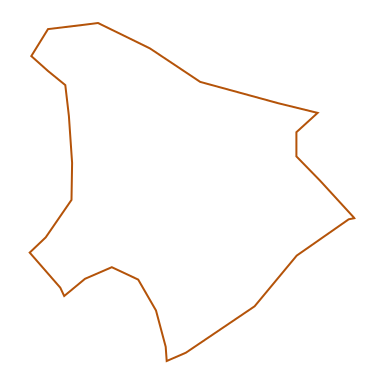 an SVG outline of Andrijevica
{"feature_id": "MNE-1508", "entity_name": "Andrijevica", "entity_type": "Municipality", "adm_level": 1, "iso_a3": "MNE", "parent_name": "Montenegro", "parent_adm1": "", "projection": "robinson", "projection_center": [19.742, 42.708], "detail": "fine", "context": "isolated", "style": "outline", "palette": "amber", "viewbox_px": 384, "rotation_deg": 0, "n_neighbors": 0, "source": "natural_earth", "source_scale": "10m", "svg_char_len": 512}
<svg xmlns="http://www.w3.org/2000/svg" viewBox="0 0 384 384"><path d="M166.7,361.0L165.7,346.8L156.0,310.5L138.2,279.6L111.8,267.2L85.0,278.8L64.2,296.0L63.9,295.4L60.3,287.7L29.7,252.6L45.7,237.4L71.5,199.9L72.1,162.9L68.9,116.1L65.3,85.1L48.0,71.0L31.3,56.1L48.0,29.1L84.7,24.7L98.0,23.0L149.9,48.4L200.2,81.9L278.1,103.2L317.6,112.9L296.4,132.2L296.4,156.4L320.0,180.6L354.0,217.7L354.3,218.2L348.7,219.3L296.7,255.6L254.6,306.3L185.9,352.7L166.7,361.0Z" fill="none" stroke="#b45309" stroke-width="2"/></svg>